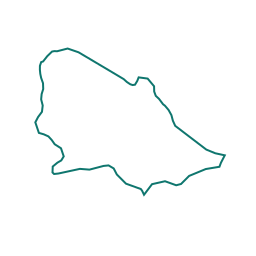 Çankiri, Robinson projection, rotated 194°
{"feature_id": "TUR-3009", "entity_name": "Çankiri", "entity_type": "Province", "adm_level": 1, "iso_a3": "TUR", "parent_name": "Turkey", "parent_adm1": "", "projection": "robinson", "projection_center": [33.484, 40.685], "detail": "fine", "context": "isolated", "style": "outline", "palette": "teal", "viewbox_px": 256, "rotation_deg": 194, "n_neighbors": 0, "source": "natural_earth", "source_scale": "10m", "svg_char_len": 1020}
<svg xmlns="http://www.w3.org/2000/svg" viewBox="0 0 256 256"><g transform="rotate(194 128 128)"><path d="M29.7,114.3L29.9,112.5L42.6,107.0L57.1,96.3L63.0,86.5L67.4,84.1L79.2,85.3L91.1,79.3L96.3,67.1L99.1,70.5L100.8,71.9L116.5,73.5L127.6,80.2L132.1,85.3L137.8,87.0L142.5,85.3L155.3,78.3L164.8,76.7L184.5,67.0L188.6,65.5L190.5,66.6L191.7,72.4L188.1,77.3L184.9,80.4L183.5,84.9L188.1,92.1L195.2,94.5L199.1,97.9L203.2,100.6L208.2,101.5L213.3,101.7L219.3,111.1L217.9,116.9L215.4,122.9L216.2,129.2L219.2,134.8L220.0,140.0L219.7,145.3L221.3,150.9L224.4,155.6L226.2,159.3L227.6,163.2L228.5,167.0L228.2,170.9L226.5,172.0L223.7,178.2L220.2,183.8L218.0,184.8L215.4,185.3L205.8,190.5L194.3,189.5L160.6,179.4L144.0,174.4L140.3,172.4L136.4,171.0L133.9,170.8L131.7,171.7L130.4,175.9L129.9,179.7L120.9,180.7L112.8,174.8L111.4,169.7L108.8,165.9L105.0,163.8L99.7,159.5L97.6,158.6L93.0,155.3L89.0,151.0L86.2,145.9L82.7,141.5L46.8,126.0L37.2,124.6L27.5,124.9L29.4,116.8L29.7,114.3Z" fill="none" stroke="#0f766e" stroke-width="2"/></g></svg>